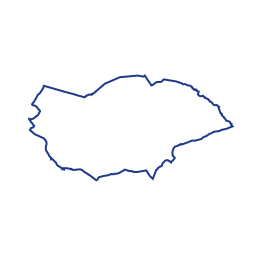 outline of Shai Osudoku, Eastern, Ghana, rotated 199°
{"feature_id": "2480657B66464396810782", "entity_name": "Shai Osudoku", "entity_type": "district", "adm_level": 2, "iso_a3": "GHA", "parent_name": "Ghana", "parent_adm1": "Eastern", "projection": "mercator", "projection_center": [0.159, 5.966], "detail": "fine", "context": "isolated", "style": "outline", "palette": "blue", "viewbox_px": 256, "rotation_deg": 199, "n_neighbors": 0, "source": "geoboundaries", "source_scale": "gbopen_adm2", "svg_char_len": 5487}
<svg xmlns="http://www.w3.org/2000/svg" viewBox="0 0 256 256"><g transform="rotate(199 128 128)"><path d="M222.0,134.6L222.7,132.2L223.0,131.6L223.3,131.2L223.4,130.9L223.7,130.6L224.0,130.0L224.0,129.7L224.2,129.4L224.3,128.7L224.4,127.6L224.6,126.2L224.8,125.8L225.0,124.6L225.0,124.0L225.1,123.6L225.2,122.7L225.4,122.0L226.0,120.9L226.1,120.2L226.3,119.9L226.2,119.6L226.4,119.3L226.3,118.9L225.7,118.8L225.3,118.6L223.8,118.7L223.1,118.7L221.9,118.5L221.2,118.2L220.7,117.9L220.1,117.4L218.6,116.6L218.0,116.2L217.7,116.0L217.1,115.8L216.8,115.6L216.6,115.1L217.1,112.0L217.5,110.7L217.7,110.2L218.4,109.4L219.9,107.0L220.8,105.8L221.2,105.6L221.7,105.3L222.1,105.0L222.8,104.7L223.9,104.5L224.5,104.5L224.4,104.2L223.6,103.7L223.3,103.3L223.0,103.2L222.6,103.1L222.4,102.9L222.1,102.3L221.8,102.1L221.4,101.8L221.0,101.7L220.4,101.5L220.1,101.4L219.4,100.6L218.5,99.9L218.0,99.7L217.5,99.6L217.6,98.9L217.5,98.4L217.6,98.0L217.9,97.6L219.0,96.9L219.6,96.4L220.0,94.1L217.4,93.1L216.5,92.7L216.1,92.6L215.2,92.2L214.1,91.9L212.6,91.5L211.0,91.5L204.7,90.9L204.4,90.7L204.1,90.7L203.7,90.5L203.4,90.4L202.5,89.9L201.9,89.4L201.8,89.2L201.3,88.9L200.5,88.0L200.0,87.0L199.8,86.4L199.8,85.9L199.7,85.6L199.6,84.5L199.6,84.1L199.5,83.8L199.6,83.5L199.3,82.5L198.8,81.3L198.5,80.7L198.0,80.1L197.7,79.9L197.5,79.6L196.3,78.6L195.4,78.0L193.5,76.1L191.4,74.7L191.1,74.7L190.9,74.6L191.0,74.5L191.3,74.6L191.1,74.4L190.8,74.3L190.7,74.4L190.6,74.2L190.4,74.2L190.4,73.9L190.3,74.0L190.1,73.8L189.8,73.9L189.7,73.9L189.7,73.7L188.4,73.5L188.3,73.4L186.2,72.4L185.3,72.1L182.7,69.7L179.7,69.0L178.9,68.8L177.7,68.4L177.5,68.1L177.4,68.1L176.6,67.8L175.7,68.0L174.9,67.9L174.9,68.0L175.4,68.2L175.6,68.3L175.7,68.2L176.1,68.2L176.3,68.0L176.4,68.4L176.2,68.6L176.6,68.8L173.0,70.0L172.2,70.1L171.7,70.3L171.0,70.3L169.9,70.5L168.8,70.3L168.5,70.4L168.5,70.8L168.3,71.0L168.2,71.0L167.9,70.7L167.8,70.8L166.5,70.4L164.8,71.1L160.4,73.1L159.4,73.4L158.5,73.4L157.9,73.4L157.6,73.2L157.1,73.1L155.9,72.6L155.2,72.3L154.2,72.0L153.6,72.0L153.2,71.9L151.3,71.5L150.5,71.3L150.3,71.1L150.2,71.2L148.8,70.9L144.7,69.5L142.9,68.9L142.1,68.6L141.8,68.6L141.4,68.4L140.9,68.3L140.0,69.6L139.6,71.8L138.5,72.6L135.6,74.6L130.8,77.2L129.7,78.3L129.5,78.6L129.0,79.1L128.1,79.0L127.9,79.1L127.6,79.4L126.9,79.5L126.2,79.8L126.0,80.2L125.6,80.2L125.2,80.5L124.8,80.8L124.7,80.9L124.3,80.9L123.4,81.3L122.7,81.9L121.8,82.5L121.5,83.0L120.8,83.6L120.3,84.3L119.6,85.0L118.8,85.6L118.5,86.2L118.4,86.4L118.0,87.1L117.3,87.4L117.3,87.6L116.7,87.7L116.2,87.7L115.9,87.6L115.6,87.7L115.2,87.5L114.9,87.5L114.1,87.8L113.1,87.7L112.5,87.8L112.1,88.0L111.8,88.0L111.2,88.2L110.5,88.4L109.5,88.5L108.7,88.2L108.3,88.4L106.0,88.9L96.9,93.8L94.8,92.2L94.1,91.5L91.3,89.5L88.0,88.0L87.7,97.5L87.4,97.9L86.8,98.3L86.6,99.9L86.3,100.3L86.0,100.6L85.8,101.2L85.6,101.5L84.9,101.9L84.5,102.5L84.3,102.8L84.0,103.3L83.6,103.6L83.8,104.2L83.7,106.1L83.2,107.1L82.8,107.8L82.5,108.7L81.7,109.8L79.9,110.4L79.8,110.5L77.9,110.1L76.2,109.4L76.3,110.1L76.2,110.2L76.0,110.6L75.6,110.9L75.1,111.9L74.5,113.2L74.0,114.9L76.8,116.5L78.2,119.7L78.3,123.6L77.5,125.7L75.4,127.2L75.1,127.3L74.9,127.9L74.7,128.2L73.6,128.8L73.5,129.4L73.4,129.6L73.2,129.7L72.8,129.7L72.5,130.1L72.2,130.2L71.7,129.9L70.2,131.2L66.2,134.4L63.2,137.1L60.9,137.6L54.9,141.6L53.7,143.9L51.1,146.1L49.3,148.7L47.5,150.2L45.5,152.4L40.6,154.9L38.8,156.8L38.3,157.0L34.5,159.4L32.4,161.2L29.6,163.6L30.0,163.8L30.5,163.7L30.9,163.8L31.0,163.9L31.1,164.4L31.4,164.6L31.4,165.6L32.4,165.7L33.2,166.4L33.5,166.8L33.8,167.0L35.0,167.1L37.9,167.1L38.3,167.7L38.7,167.9L38.9,168.2L39.0,168.3L39.3,168.5L39.8,168.5L40.2,168.7L41.0,169.6L42.2,169.9L42.4,170.0L43.2,170.7L43.4,171.0L43.6,171.6L44.1,171.4L44.7,172.2L45.8,172.5L47.1,174.5L47.8,175.3L48.2,175.5L48.6,175.9L48.6,176.2L48.7,176.4L48.5,177.2L48.6,177.4L48.8,177.6L49.1,177.7L50.1,177.9L51.0,178.4L51.5,178.6L52.7,178.1L54.3,177.7L54.7,177.8L55.1,178.1L55.9,178.7L56.3,178.8L56.5,178.9L57.1,179.3L57.6,179.7L58.2,179.8L58.6,179.7L58.9,179.8L59.2,179.7L59.6,180.0L60.1,180.5L60.3,180.4L60.7,180.8L61.1,180.9L61.5,181.3L61.8,181.2L62.1,181.3L62.8,181.3L63.2,181.4L63.4,181.6L64.1,181.6L64.5,181.7L65.2,181.5L65.4,181.6L65.6,181.9L65.7,182.2L66.0,182.2L66.1,182.3L66.5,182.3L67.0,182.7L67.7,182.9L68.1,182.4L69.2,181.8L70.7,181.6L72.1,182.0L73.0,182.9L72.9,184.5L73.0,185.4L74.5,185.4L75.7,186.0L75.8,186.4L76.2,186.4L76.1,186.2L76.5,186.1L76.8,186.1L76.7,186.0L76.8,185.8L77.1,186.0L77.4,186.1L77.5,186.0L77.8,185.8L78.4,185.9L78.6,186.0L78.8,186.0L79.1,186.2L79.4,186.6L79.6,186.5L79.8,186.6L80.0,186.6L80.3,186.9L80.4,187.1L81.0,187.3L81.2,187.5L81.2,187.8L81.3,187.9L81.6,188.0L83.0,188.2L85.0,187.8L86.6,187.9L88.5,188.1L89.1,187.7L90.4,187.2L92.1,187.9L93.6,187.6L94.8,187.7L95.5,187.9L95.9,187.7L97.8,187.7L109.9,185.6L110.4,185.0L110.9,183.4L111.9,182.3L116.0,180.7L118.7,176.7L119.9,175.9L121.1,177.0L125.2,179.9L129.2,183.1L130.1,181.6L135.7,180.8L152.2,173.4L164.3,162.3L170.4,152.0L170.3,151.8L170.9,151.1L171.5,150.0L171.7,149.6L171.9,149.4L172.0,149.5L172.3,149.2L172.4,148.9L172.8,148.4L173.0,148.4L173.1,148.2L173.3,148.2L173.3,147.9L173.5,148.0L173.7,147.7L174.0,147.5L174.5,147.2L175.8,146.8L176.1,146.6L176.2,146.4L176.4,146.3L176.6,146.0L176.9,145.9L177.1,145.5L177.3,145.3L177.6,145.3L178.1,144.8L178.2,144.3L178.3,144.2L178.3,143.9L178.7,143.5L179.0,142.9L186.4,142.4L190.4,142.3L198.3,141.7L221.2,140.5L221.3,137.6L222.0,134.6Z" fill="none" stroke="#1e3a8a" stroke-width="2"/></g></svg>